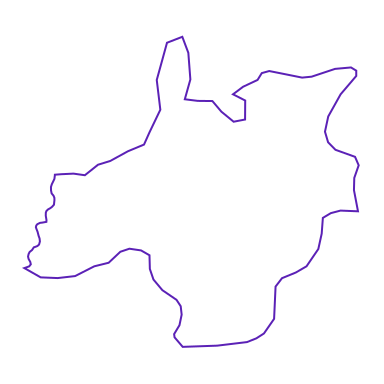 the district of Vagharshapat, Armavir, Armenia, rotated 91°
{"feature_id": "60910142B34420650241433", "entity_name": "Vagharshapat", "entity_type": "district", "adm_level": 2, "iso_a3": "ARM", "parent_name": "Armenia", "parent_adm1": "Armavir", "projection": "mercator", "projection_center": [44.272, 40.151], "detail": "fine", "context": "isolated", "style": "outline", "palette": "violet", "viewbox_px": 384, "rotation_deg": 91, "n_neighbors": 0, "source": "geoboundaries", "source_scale": "gbopen_adm2", "svg_char_len": 1584}
<svg xmlns="http://www.w3.org/2000/svg" viewBox="0 0 384 384"><g transform="rotate(91 192 192)"><path d="M78.8,128.4L85.9,142.8L93.6,152.7L99.6,140.4L118.6,140.2L121.0,151.6L111.2,164.0L100.7,173.2L100.8,187.8L99.4,200.8L79.5,195.6L52.9,198.1L37.0,204.4L43.2,219.6L60.8,224.1L80.6,229.2L110.3,225.1L133.2,235.6L145.4,240.8L152.4,256.8L162.4,274.3L166.4,286.5L177.1,299.4L175.7,310.8L176.5,323.1L177.1,329.4L177.6,329.4L181.3,329.8L183.7,330.9L186.7,332.3L189.4,333.1L192.8,333.0L195.9,332.3L198.1,330.4L200.2,329.5L202.6,329.4L207.1,329.8L209.3,331.7L210.7,333.5L211.9,335.6L213.5,337.2L215.2,337.8L218.3,337.8L222.6,337.0L224.4,337.1L225.2,341.1L225.5,343.4L226.9,346.1L228.2,347.1L229.9,347.5L231.6,346.9L234.5,345.7L238.5,344.6L241.1,343.6L244.1,343.2L247.2,344.0L248.7,345.6L249.5,347.5L250.1,349.2L252.8,350.9L254.8,353.3L256.9,354.3L259.4,354.8L261.8,354.2L264.7,352.5L267.1,351.9L269.2,353.5L270.1,355.9L271.0,358.3L280.0,341.8L280.4,324.8L278.1,307.4L268.0,288.4L264.2,274.1L253.0,262.6L249.8,253.6L251.3,241.9L256.0,233.4L269.7,232.8L280.2,229.0L290.7,219.9L300.1,205.6L306.4,201.3L314.8,200.2L325.4,202.2L334.4,207.4L337.6,206.9L347.0,198.6L345.2,164.2L341.1,134.4L337.2,125.1L332.2,117.6L317.4,107.7L285.1,106.8L276.6,100.5L270.7,86.8L264.3,76.2L246.8,64.7L231.4,61.6L215.6,60.7L210.7,52.8L208.0,43.2L208.4,25.7L187.3,30.1L175.1,30.0L162.4,25.8L154.0,29.6L147.3,49.3L139.9,56.8L129.4,60.1L114.1,57.1L91.7,45.1L73.1,29.8L67.8,29.9L64.7,35.2L66.4,51.1L74.6,74.4L75.7,83.9L72.2,103.1L69.7,116.9L71.9,124.3L78.8,128.4Z" fill="none" stroke="#5b21b6" stroke-width="2"/></g></svg>